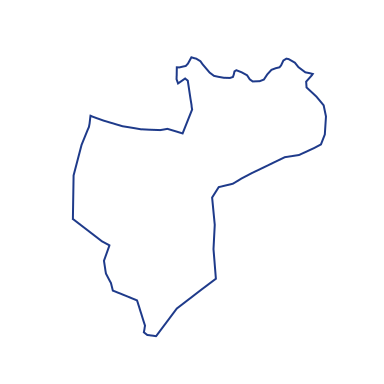 Assalaya, Eastern Darfur, Sudan (Albers equal-area conic projection), rotated 191°
{"feature_id": "16777658B59060398252798", "entity_name": "Assalaya", "entity_type": "district", "adm_level": 2, "iso_a3": "SDN", "parent_name": "Sudan", "parent_adm1": "Eastern Darfur", "projection": "albers", "projection_center": [26.009, 11.71], "detail": "fine", "context": "isolated", "style": "outline", "palette": "blue", "viewbox_px": 384, "rotation_deg": 191, "n_neighbors": 0, "source": "geoboundaries", "source_scale": "gbopen_adm2", "svg_char_len": 1883}
<svg xmlns="http://www.w3.org/2000/svg" viewBox="0 0 384 384"><g transform="rotate(191 192 192)"><path d="M304.2,143.0L292.0,136.9L271.2,126.5L271.0,126.4L262.9,123.9L262.9,123.4L265.3,107.7L262.7,100.4L261.9,98.1L260.9,95.5L255.8,89.1L254.2,87.2L253.7,86.1L253.5,85.7L250.9,80.1L248.1,79.6L245.7,79.1L242.8,78.6L240.4,78.1L225.3,75.1L224.1,73.0L223.1,71.1L222.3,69.7L219.8,65.0L218.3,62.3L218.0,61.7L215.2,56.5L212.6,51.8L212.6,51.4L212.6,49.9L212.5,48.4L212.5,47.7L212.5,46.8L212.5,46.0L212.5,45.3L212.5,45.1L208.6,43.1L206.2,43.3L205.4,43.3L203.0,43.5L199.8,43.6L199.7,43.7L184.7,74.7L163.4,98.8L152.0,111.4L155.3,123.2L156.6,127.9L160.0,140.0L163.4,164.1L171.2,190.4L166.7,201.9L153.5,207.9L147.7,213.1L146.1,214.6L136.6,222.2L124.2,231.4L116.9,236.9L107.5,243.9L94.1,248.7L80.7,258.3L74.5,263.3L72.6,273.8L74.9,291.7L79.3,302.2L88.1,309.4L99.5,316.5L101.0,322.1L96.6,329.5L96.0,330.9L99.3,331.1L103.6,331.1L111.4,334.9L115.7,338.6L122.5,340.9L124.8,340.9L127.4,338.5L128.7,333.3L129.9,331.1L133.4,329.5L137.3,327.1L140.5,321.9L142.9,316.1L146.7,313.7L153.5,312.1L156.8,313.6L160.2,317.1L166.2,319.0L171.7,320.0L173.3,318.5L173.4,315.2L173.8,312.7L176.5,311.2L182.6,310.2L188.2,310.1L192.6,310.2L197.5,312.6L206.0,319.4L208.7,322.0L213.3,323.7L215.4,323.8L218.3,324.1L220.5,317.2L222.2,314.5L224.6,313.5L228.1,311.9L230.7,311.5L229.2,303.1L229.2,302.8L229.0,301.7L228.7,299.8L226.4,295.9L220.4,302.1L219.9,301.8L217.4,300.5L211.3,283.3L209.1,277.4L208.6,275.6L207.6,272.9L207.7,272.6L212.4,247.7L219.9,248.5L228.2,249.3L231.5,248.0L235.0,246.7L235.7,246.6L246.5,244.9L252.3,244.1L253.9,243.8L259.9,243.7L267.0,243.5L272.5,243.3L272.9,243.3L292.4,245.2L298.3,246.1L299.1,246.2L304.6,247.1L304.8,247.2L306.2,247.5L306.2,247.4L305.6,239.6L305.6,236.1L306.3,233.0L309.4,217.2L311.4,185.7L303.8,142.9L304.1,142.9L304.2,143.0Z" fill="none" stroke="#1e3a8a" stroke-width="2"/></g></svg>